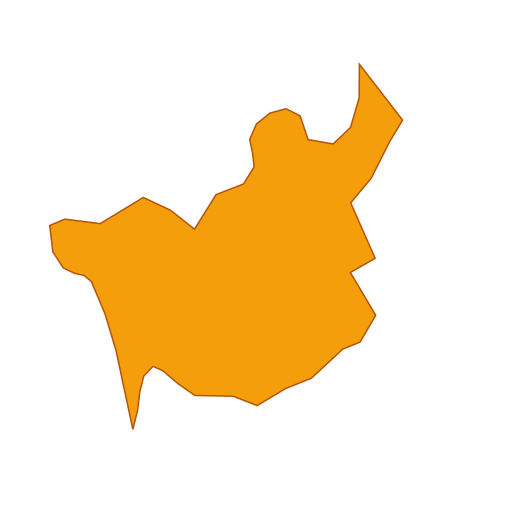 the state/province of Jomala, rotated 158°
{"feature_id": "ALD-4810", "entity_name": "Jomala", "entity_type": "state/province", "adm_level": 1, "iso_a3": "ALA", "parent_name": "Aland", "parent_adm1": "", "projection": "mercator", "projection_center": [19.918, 60.13], "detail": "fine", "context": "isolated", "style": "filled", "palette": "amber", "viewbox_px": 512, "rotation_deg": 158, "n_neighbors": 0, "source": "natural_earth", "source_scale": "10m", "svg_char_len": 756}
<svg xmlns="http://www.w3.org/2000/svg" viewBox="0 0 512 512"><g transform="rotate(158 256 256)"><path d="M270.0,327.9L240.6,327.5L224.3,339.4L220.6,352.8L218.2,366.4L206.2,378.2L189.5,383.3L173.0,381.3L162.6,369.4L164.1,344.4L142.5,331.0L120.2,339.8L101.1,364.0L88.3,395.1L69.2,327.1L89.8,311.5L120.0,285.0L148.3,269.8L146.4,209.2L174.7,205.4L167.2,156.2L191.7,137.2L210.5,137.2L250.2,122.0L278.4,122.0L311.0,116.9L329.8,134.6L364.9,149.6L376.3,167.1L385.4,184.6L392.9,192.3L405.0,186.7L414.5,173.8L423.6,157.2L435.1,141.5L421.2,220.7L417.7,258.8L418.2,293.9L422.7,302.4L430.9,308.0L439.2,317.2L442.8,336.0L435.8,361.6L419.5,361.8L388.4,344.4L338.6,352.5L318.1,330.4L303.0,303.9L270.0,327.9Z" fill="#f59e0b" stroke="#b45309" stroke-width="1.5"/></g></svg>